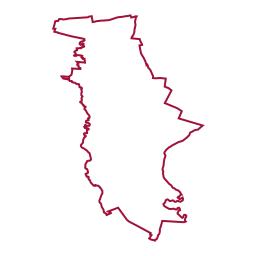 Gohor, Galati, Romania
{"feature_id": "2599482B74924785680868", "entity_name": "Gohor", "entity_type": "district", "adm_level": 2, "iso_a3": "ROU", "parent_name": "Romania", "parent_adm1": "Galati", "projection": "natural_earth1", "projection_center": [27.4, 46.03], "detail": "fine", "context": "isolated", "style": "outline", "palette": "rose", "viewbox_px": 256, "rotation_deg": 0, "n_neighbors": 0, "source": "geoboundaries", "source_scale": "gbopen_adm2", "svg_char_len": 5616}
<svg xmlns="http://www.w3.org/2000/svg" viewBox="0 0 256 256"><path d="M154.9,240.6L155.3,239.6L156.2,239.5L156.9,238.8L157.4,237.6L158.3,234.9L159.0,234.3L159.5,233.2L159.9,231.0L159.7,229.9L161.7,223.3L162.3,220.9L183.4,222.2L184.8,222.0L185.7,221.5L185.2,221.1L184.9,220.1L185.4,217.9L186.2,216.9L186.3,215.7L185.3,214.8L184.1,214.9L183.5,216.0L183.1,217.4L182.3,217.8L181.0,216.9L179.6,215.4L177.7,213.8L177.5,213.1L178.7,210.7L180.0,210.2L179.7,208.5L178.9,207.7L177.6,208.1L177.3,209.0L176.0,209.6L173.8,208.7L170.7,209.0L169.1,208.9L164.5,206.2L163.9,205.6L163.4,204.1L165.3,202.2L165.6,200.5L166.4,199.7L167.5,199.4L168.2,199.7L168.9,200.5L170.1,201.1L172.6,200.4L173.2,200.4L174.8,201.8L176.1,201.7L176.8,201.1L178.3,201.0L179.1,201.5L180.6,201.7L182.7,200.4L183.0,199.0L182.6,197.6L179.8,199.1L178.6,198.5L178.3,198.1L177.7,197.4L178.3,196.8L179.1,196.8L179.6,195.9L181.0,194.6L181.5,194.6L179.7,191.8L178.2,190.5L175.6,189.5L174.9,188.7L174.3,188.3L173.0,187.9L172.4,187.3L171.3,185.4L169.3,184.0L164.5,178.6L163.7,177.4L163.0,173.3L163.2,172.0L163.2,171.1L162.8,170.7L162.5,169.2L163.5,165.7L163.8,162.7L164.3,159.2L165.3,156.4L165.4,155.7L165.3,155.1L164.7,154.1L164.3,153.0L164.9,151.7L166.0,150.1L168.8,147.5L171.1,146.3L172.2,145.4L178.5,142.1L182.7,140.8L186.9,137.5L189.0,135.4L189.4,134.8L189.7,134.1L189.9,133.1L190.3,132.5L191.6,132.0L194.3,130.4L195.9,129.9L198.0,129.6L202.7,125.5L178.7,118.4L181.8,111.2L177.2,108.2L164.8,103.1L171.5,90.4L168.3,88.0L167.3,87.6L166.6,87.5L165.9,87.0L164.7,86.6L165.8,78.6L160.0,78.0L156.2,78.3L153.0,78.1L153.1,77.7L153.0,76.0L150.5,70.3L149.3,68.6L148.3,67.9L148.0,66.3L147.3,64.6L146.5,65.2L146.4,64.7L145.4,61.5L144.3,59.1L143.3,57.2L141.6,54.5L141.0,53.2L140.6,51.4L139.5,45.4L142.1,44.9L141.7,43.5L140.7,42.0L139.7,39.1L131.5,38.3L131.7,37.3L133.2,35.2L134.1,32.9L134.4,31.8L134.5,29.2L134.9,28.2L134.9,27.5L135.3,26.2L135.5,24.9L135.1,22.3L135.1,21.3L135.9,17.5L136.6,16.4L135.6,16.3L133.3,17.1L131.2,17.5L130.5,15.4L127.5,16.0L124.2,16.4L123.3,16.7L117.7,17.3L109.1,20.1L102.8,20.6L101.3,20.6L96.4,21.2L94.9,21.7L92.6,22.0L92.5,20.7L91.8,17.2L91.8,16.3L89.3,16.5L87.7,17.3L69.1,18.5L65.8,19.2L63.4,19.5L61.0,19.0L59.0,19.2L58.6,20.2L57.9,21.1L56.8,20.9L55.2,21.3L54.5,24.6L53.9,26.4L53.3,28.7L55.3,28.8L55.1,29.2L54.3,31.7L58.0,32.6L58.0,32.8L71.4,36.3L83.7,38.8L84.1,39.0L83.9,39.3L84.5,40.1L84.3,40.6L84.0,40.8L81.2,41.7L80.3,42.2L79.9,42.7L79.6,43.7L79.8,44.3L80.5,44.8L82.7,43.5L83.4,43.6L83.6,43.9L82.6,44.6L82.5,45.1L82.9,45.5L84.1,46.2L84.1,46.6L82.7,47.2L81.6,47.2L81.4,47.4L81.3,48.0L80.9,48.3L80.2,48.0L78.7,48.3L77.0,48.2L76.6,48.3L76.7,48.9L77.1,49.6L77.2,50.1L76.8,50.4L76.0,50.5L74.5,51.6L74.4,51.9L74.5,52.4L75.6,53.3L75.8,53.9L75.6,54.3L74.9,55.0L74.3,55.3L74.1,55.6L74.5,55.9L75.7,55.9L76.3,55.8L76.5,55.5L77.2,55.1L81.6,55.5L82.3,56.0L81.4,56.8L81.4,57.4L82.1,58.0L83.3,58.0L83.5,58.6L83.2,59.0L84.3,59.5L84.6,59.3L85.0,62.6L76.9,61.8L77.6,62.6L78.1,62.6L78.6,62.9L78.1,63.3L77.7,63.3L77.2,64.5L77.3,65.1L77.7,65.4L78.5,65.4L78.5,66.8L80.4,68.2L80.5,68.5L80.4,69.0L72.1,68.5L72.3,70.4L71.6,74.2L71.4,74.8L69.6,76.2L69.3,76.8L61.5,76.3L61.6,76.7L62.3,77.0L63.0,78.3L63.5,78.6L64.3,78.7L64.8,78.4L65.2,78.9L65.6,79.1L67.4,78.8L67.5,78.9L67.6,79.4L67.9,79.5L68.2,79.4L68.9,78.6L69.1,78.6L69.3,78.9L69.1,80.1L69.7,81.0L70.3,81.1L71.6,81.0L72.0,81.3L71.8,81.8L72.0,82.1L72.4,82.3L75.2,82.9L76.0,83.6L77.2,84.2L78.0,84.0L79.1,84.4L79.5,87.1L79.9,87.4L80.9,87.3L81.7,87.8L81.9,88.2L81.9,88.6L81.2,89.2L81.9,91.5L81.8,92.1L81.4,92.8L81.3,94.7L81.4,95.2L82.5,96.4L81.6,97.9L81.5,98.6L81.9,99.9L81.5,100.8L81.5,101.6L81.2,101.9L80.3,101.8L80.2,102.2L80.6,102.5L82.0,103.2L82.4,104.3L83.4,104.8L83.3,105.5L83.6,106.0L85.0,106.4L85.6,106.7L85.6,107.0L84.4,108.3L84.4,108.7L84.6,109.3L85.4,109.9L85.7,110.3L87.5,113.6L88.7,114.9L89.6,116.4L89.6,117.3L89.4,117.8L89.1,118.0L88.5,118.0L88.0,118.5L88.1,118.9L88.5,119.2L88.7,120.0L88.2,120.3L87.7,120.3L86.2,120.8L86.0,121.1L85.9,122.3L86.7,122.8L87.9,122.8L88.9,123.3L89.8,124.1L89.8,124.7L89.6,125.2L89.2,125.8L88.2,125.7L86.8,125.9L86.5,125.8L85.5,124.9L85.2,124.9L85.0,125.2L85.2,125.8L85.3,126.0L86.1,126.3L86.2,126.6L85.7,127.3L85.4,127.3L84.7,127.0L84.4,127.0L84.7,127.8L85.5,128.2L87.7,128.2L88.7,129.0L88.7,129.4L88.5,129.6L87.9,129.5L87.1,129.6L86.9,129.8L87.0,130.4L86.8,131.6L87.2,132.7L87.1,133.1L86.7,133.2L84.7,133.2L84.1,133.5L84.0,134.0L84.1,134.5L84.7,135.3L85.7,135.9L85.8,136.0L85.6,136.7L84.4,137.3L84.1,137.8L83.3,139.6L83.1,140.6L83.1,141.9L82.8,142.9L81.2,144.7L80.9,145.3L81.0,146.0L81.3,146.8L81.9,147.5L84.1,148.6L85.1,149.3L86.8,150.5L88.4,152.3L89.6,153.3L90.9,158.6L91.0,159.2L90.8,159.8L90.0,160.6L88.5,160.7L86.9,161.3L86.7,161.7L86.7,162.3L85.4,164.2L85.3,164.8L85.5,166.1L85.2,167.3L85.2,167.9L85.6,168.5L86.6,168.8L87.1,169.2L87.4,169.8L88.0,171.9L87.9,172.5L87.6,173.2L86.2,173.5L85.6,174.0L85.7,174.6L86.4,175.4L86.5,176.3L86.8,176.7L87.2,176.9L88.1,176.7L88.5,176.8L88.7,177.5L88.5,178.1L88.7,179.4L89.0,179.7L89.8,180.1L90.1,180.6L90.5,182.2L93.1,185.1L93.7,185.6L94.6,185.8L95.0,185.8L94.8,185.2L95.5,185.0L96.1,185.4L98.5,185.8L99.2,186.8L100.1,187.3L100.4,188.1L101.2,188.9L101.7,189.9L102.3,190.7L102.4,193.2L102.2,193.8L101.6,194.6L100.4,197.9L100.0,199.3L99.4,200.3L99.4,201.9L99.8,202.6L100.5,203.1L101.1,204.1L101.8,207.1L102.8,208.5L103.4,209.5L103.8,211.3L103.9,212.3L106.6,214.0L106.7,214.8L105.8,215.4L110.9,213.1L110.2,212.0L109.6,212.3L108.1,211.5L118.1,207.7L127.0,219.9L129.0,221.5L150.7,233.1L150.1,234.0L150.1,234.6L151.5,235.1L149.2,238.5L150.7,239.4L153.2,240.1L153.8,240.2L154.9,240.6Z" fill="none" stroke="#9f1239" stroke-width="2"/></svg>